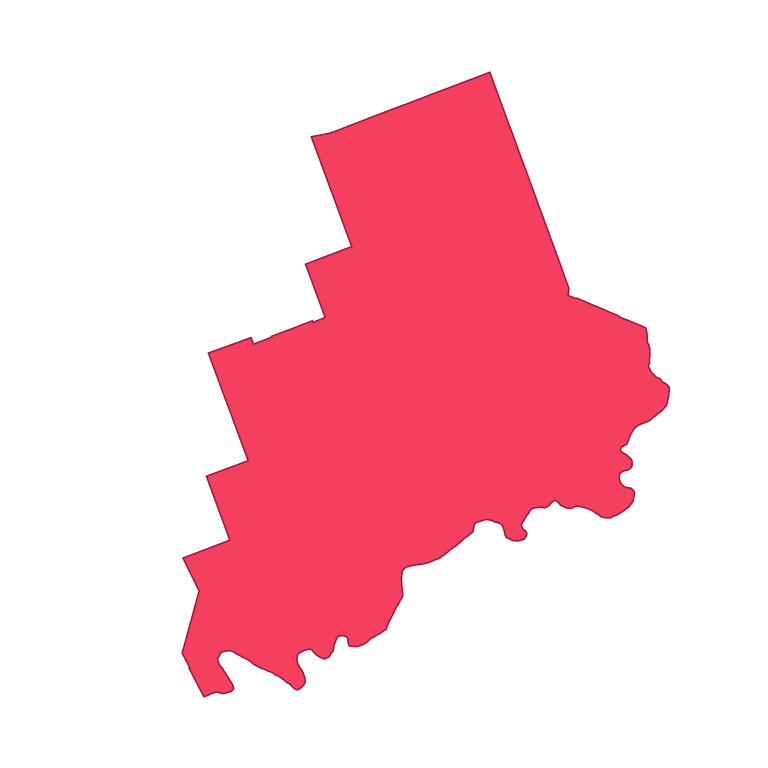 outline of Campbelltown (SA), South Australia, Australia, rotated 163°
{"feature_id": "25037944B38277479897228", "entity_name": "Campbelltown (SA)", "entity_type": "district", "adm_level": 2, "iso_a3": "AUS", "parent_name": "Australia", "parent_adm1": "South Australia", "projection": "equal_earth", "projection_center": [138.68, -34.885], "detail": "fine", "context": "isolated", "style": "filled", "palette": "rose", "viewbox_px": 768, "rotation_deg": 163, "n_neighbors": 0, "source": "geoboundaries", "source_scale": "gbopen_adm2", "svg_char_len": 6171}
<svg xmlns="http://www.w3.org/2000/svg" viewBox="0 0 768 768"><g transform="rotate(163 384 384)"><path d="M647.7,137.6L643.3,137.7L641.7,138.2L640.3,138.4L634.8,138.4L633.8,138.2L632.6,137.7L630.5,135.9L628.5,135.0L627.3,134.8L623.1,134.7L620.0,134.7L616.9,136.3L616.5,140.1L618.8,149.0L620.9,156.5L621.7,159.7L623.0,162.2L623.2,162.9L623.5,164.5L623.6,165.6L623.6,169.3L623.4,170.2L620.8,172.2L619.6,174.0L618.7,174.5L617.0,175.1L616.4,175.2L613.2,174.8L609.5,174.1L608.5,173.7L606.9,172.5L603.2,168.2L601.8,167.0L599.2,164.1L597.4,162.7L596.8,162.1L592.5,157.6L591.4,155.2L589.9,153.5L588.9,152.3L587.6,151.2L584.9,148.3L581.2,145.8L579.2,143.6L577.4,142.4L576.3,141.6L574.6,139.9L572.7,137.3L570.5,135.8L567.1,131.3L565.8,129.8L564.2,127.0L563.8,126.4L562.9,125.9L561.6,124.2L559.1,119.2L557.4,117.4L555.8,116.8L554.2,117.1L552.7,117.5L550.1,118.8L549.3,119.6L548.1,120.1L547.5,120.5L546.4,122.3L545.6,125.7L545.5,126.5L545.7,128.1L545.8,131.6L546.0,133.0L547.6,138.4L548.0,141.2L548.1,144.0L547.7,146.3L546.6,148.9L545.6,150.4L544.8,151.1L543.4,151.8L539.8,152.1L538.3,152.6L537.6,152.6L534.2,152.4L532.1,151.9L531.2,151.3L530.3,150.0L530.1,149.0L527.9,144.6L525.2,141.5L521.4,138.4L517.5,138.8L516.5,139.1L515.5,139.8L513.5,141.8L512.1,142.4L511.5,142.8L510.0,144.9L507.7,149.6L506.2,151.2L505.7,151.7L504.1,154.1L502.7,155.4L502.3,155.6L501.1,156.0L499.9,156.0L498.2,155.7L496.6,155.3L493.9,153.4L493.7,153.1L493.3,152.1L493.2,151.1L494.0,146.7L494.0,144.7L493.6,143.6L493.0,143.1L491.3,142.7L489.7,141.9L487.5,141.0L486.3,140.8L480.5,140.9L478.8,141.2L476.3,141.9L470.6,144.7L467.6,144.9L465.6,145.6L463.3,146.2L461.5,146.4L456.6,148.0L453.7,148.6L450.3,153.3L448.5,155.5L446.6,157.1L443.6,160.4L441.3,162.6L439.4,165.0L435.3,168.6L434.8,169.1L429.9,174.0L428.4,175.3L427.7,176.5L426.6,181.6L426.0,185.7L424.1,193.1L422.7,196.4L422.4,196.8L421.5,198.7L421.5,199.0L420.8,199.8L419.9,200.5L419.2,200.9L418.1,201.7L417.7,202.0L415.7,202.4L410.6,202.2L409.5,202.0L403.9,201.3L400.3,200.6L396.2,200.3L392.4,200.3L385.5,201.0L382.6,200.9L379.4,202.1L376.1,203.1L374.3,204.0L372.8,204.3L371.7,204.9L371.1,205.2L370.3,205.8L364.0,207.8L363.3,207.7L359.3,209.6L358.5,209.8L351.7,213.1L346.4,214.8L344.5,215.8L343.9,216.0L342.9,216.4L341.9,216.9L341.4,217.7L340.5,220.1L339.4,221.8L339.2,222.7L337.2,224.4L335.3,224.6L333.1,224.6L327.1,224.7L325.2,224.2L322.6,223.0L320.6,221.6L320.1,221.2L317.7,219.2L316.2,218.5L313.7,216.5L312.8,215.4L312.1,214.0L312.1,210.9L311.9,209.8L312.3,203.9L312.2,202.6L312.0,201.9L311.2,200.8L309.4,199.3L307.9,197.8L306.6,196.7L304.7,195.8L302.0,194.7L297.5,194.5L295.2,194.7L292.1,197.3L291.1,199.2L291.0,200.2L291.8,202.5L293.3,204.6L293.7,205.4L294.0,208.8L293.3,209.8L288.1,214.5L286.3,216.4L283.6,218.0L280.7,220.8L278.9,221.5L275.7,221.4L270.2,220.3L269.0,219.9L268.1,219.3L267.6,219.1L266.7,218.6L265.5,218.6L263.1,219.1L261.7,219.6L261.1,219.8L258.5,221.6L256.6,222.5L256.2,222.6L255.8,222.6L254.4,222.5L253.4,222.0L252.4,220.4L250.9,217.1L250.0,215.8L247.1,213.4L246.7,212.7L245.7,212.1L242.6,210.5L242.1,210.4L239.3,210.4L237.9,210.9L236.2,210.9L235.9,210.9L235.5,210.7L233.9,210.1L231.3,209.1L225.4,205.1L221.2,201.3L219.5,198.8L216.8,195.9L215.3,193.6L212.9,192.1L210.9,191.2L207.7,190.1L207.0,189.7L204.8,190.3L201.3,190.5L200.0,190.5L199.2,190.6L192.6,192.5L188.7,194.0L187.5,194.2L185.7,195.0L185.4,194.9L182.3,197.5L181.6,197.7L180.7,198.4L180.0,199.3L177.0,204.8L176.3,206.8L176.2,207.8L177.0,210.0L178.3,212.2L179.5,212.9L181.4,213.5L181.9,213.8L184.2,215.6L185.6,217.5L186.6,220.2L186.7,223.9L186.3,225.5L185.6,227.3L185.4,228.0L185.1,228.5L184.3,229.5L182.6,230.3L180.0,230.8L176.9,230.5L174.1,230.8L173.0,231.3L171.2,232.6L170.6,233.4L169.9,235.4L169.3,238.2L169.9,240.5L171.6,243.5L173.7,246.4L175.9,248.7L177.1,250.6L177.3,251.6L176.1,253.6L174.6,254.4L171.4,255.0L170.1,255.2L168.8,255.9L166.6,258.8L165.9,259.9L162.5,264.0L157.9,268.0L157.2,268.5L154.3,269.6L151.2,270.5L147.6,270.7L146.0,270.8L141.0,271.3L136.3,273.3L133.9,274.1L131.3,275.4L129.0,276.1L125.8,277.3L122.0,279.8L121.2,280.2L120.9,280.3L119.2,282.3L118.2,283.9L117.2,286.1L115.8,288.1L114.0,292.4L112.5,295.9L112.3,297.5L112.5,298.6L113.0,299.7L115.1,302.8L116.5,303.8L117.2,304.5L117.6,305.5L117.9,307.3L118.7,308.5L120.6,310.0L121.6,311.1L122.6,312.7L124.9,317.3L125.3,318.5L125.3,320.7L125.9,323.2L125.8,324.2L125.5,324.8L124.6,325.5L123.8,326.6L122.9,329.9L121.4,333.4L121.3,333.6L119.9,338.6L119.4,341.4L119.4,344.5L119.7,345.8L119.8,347.5L119.3,349.7L118.3,352.7L117.8,354.9L117.3,359.5L117.4,361.2L118.9,362.6L125.8,368.4L132.7,374.1L132.7,373.9L138.8,379.0L139.7,380.5L147.6,387.1L153.1,391.8L158.7,396.6L160.8,398.2L167.7,404.0L174.0,409.4L175.1,409.8L176.0,409.9L182.0,414.9L179.2,421.1L179.2,421.8L179.7,431.3L180.2,441.8L180.2,443.1L180.5,448.5L180.8,454.2L181.6,468.8L182.1,477.5L183.1,497.1L183.5,503.3L184.0,511.7L184.1,513.9L184.4,520.2L184.9,529.4L185.3,537.2L186.4,556.9L186.6,559.8L187.2,570.8L187.4,575.7L187.8,581.8L188.0,586.9L188.1,587.6L188.4,593.2L188.7,596.0L188.8,598.1L189.5,611.9L189.5,612.2L190.4,627.4L191.6,651.2L203.7,650.4L210.4,649.9L211.8,649.9L223.6,649.1L231.5,648.5L239.9,648.0L249.6,647.4L258.7,646.8L259.3,646.7L266.8,646.2L269.4,646.1L275.0,645.5L277.8,645.4L282.2,645.1L284.9,645.0L294.6,644.4L300.6,644.0L308.8,643.4L317.4,642.9L340.9,641.1L349.6,640.5L353.8,640.1L363.1,639.8L372.2,640.7L381.2,641.8L381.1,638.5L380.1,621.3L379.9,618.1L379.7,614.4L379.7,613.7L379.1,603.5L378.5,592.4L377.8,580.6L377.5,575.3L377.2,569.5L376.8,562.9L376.5,557.1L375.7,541.8L374.7,524.7L380.9,524.5L390.2,523.8L398.3,523.3L406.3,522.8L407.0,522.7L423.3,521.6L424.1,521.5L423.2,506.9L422.1,487.2L421.6,479.0L421.5,476.2L421.4,474.8L420.9,464.7L433.9,463.8L434.0,465.4L443.9,464.7L449.4,464.3L457.3,463.7L465.4,463.3L477.5,462.5L477.5,461.6L480.8,461.4L497.1,460.3L497.5,467.2L542.9,465.0L540.8,427.7L540.7,426.0L539.3,402.2L539.0,400.4L538.9,394.9L536.3,350.4L540.4,350.1L580.8,347.7L578.5,305.7L578.1,298.6L577.2,281.3L577.1,280.3L577.3,279.7L625.9,276.4L627.1,276.3L621.3,240.1L632.0,223.2L655.7,185.7L652.7,169.3L653.5,169.2L651.0,155.4L648.3,140.6L647.7,137.6Z" fill="#f43f5e" stroke="#9f1239" stroke-width="1.5"/></g></svg>